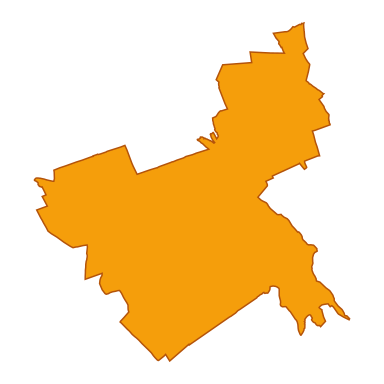 outline of Blandesti, Botosani, Romania
{"feature_id": "2599482B7385527866395", "entity_name": "Blandesti", "entity_type": "district", "adm_level": 2, "iso_a3": "ROU", "parent_name": "Romania", "parent_adm1": "Botosani", "projection": "albers", "projection_center": [26.9, 47.712], "detail": "fine", "context": "isolated", "style": "filled", "palette": "amber", "viewbox_px": 384, "rotation_deg": 0, "n_neighbors": 0, "source": "geoboundaries", "source_scale": "gbopen_adm2", "svg_char_len": 5982}
<svg xmlns="http://www.w3.org/2000/svg" viewBox="0 0 384 384"><path d="M169.7,361.0L188.9,344.3L189.2,345.0L229.8,316.8L230.6,316.5L235.6,313.0L237.9,310.6L239.8,309.5L256.7,297.9L257.5,296.7L258.5,296.2L260.0,294.9L262.0,293.9L262.9,292.9L263.9,292.4L264.3,293.1L264.9,293.4L266.2,293.0L267.0,293.2L267.9,293.0L269.5,290.5L269.9,289.4L270.0,287.4L270.2,286.6L273.0,286.0L275.7,286.4L276.9,286.9L278.8,288.2L279.2,289.2L279.2,295.6L279.5,297.1L280.5,300.9L280.6,302.7L280.3,304.3L280.7,305.7L282.2,306.7L282.8,306.8L285.2,306.6L286.1,306.8L289.4,310.9L290.2,311.5L295.4,319.3L296.3,320.1L297.2,321.8L297.9,324.5L298.2,328.6L298.5,330.4L300.0,334.1L300.5,334.9L300.8,335.2L301.0,335.2L301.7,334.2L302.8,332.5L303.8,330.5L304.2,328.5L304.7,328.3L304.8,327.9L304.9,324.7L304.9,324.2L304.5,323.9L304.8,323.4L304.7,322.9L305.0,322.4L304.9,321.8L304.4,321.5L304.8,321.0L305.0,320.5L305.0,319.9L304.8,319.7L304.9,319.2L306.5,317.0L307.7,315.8L308.9,315.1L309.5,314.8L310.0,314.8L310.9,315.5L311.0,316.1L312.3,318.0L312.2,318.5L311.6,319.4L311.6,319.9L312.2,320.8L313.0,321.8L314.0,322.5L314.9,322.7L316.3,324.7L317.3,325.5L318.1,325.7L318.6,325.5L319.6,325.5L320.6,326.7L325.5,321.3L323.6,317.0L321.9,310.6L322.0,309.9L319.5,308.1L319.1,307.5L319.9,306.5L321.5,305.2L322.3,304.8L324.6,304.3L328.0,303.8L330.2,306.7L331.8,305.7L333.5,307.1L337.7,313.2L338.5,314.1L343.6,317.1L349.1,319.8L349.6,318.7L346.9,315.9L346.5,315.8L345.2,315.7L344.6,315.0L344.1,313.1L342.6,310.4L341.9,309.4L338.0,305.9L334.8,301.6L334.3,300.9L334.2,300.2L334.2,299.0L334.2,298.6L333.5,297.1L332.9,295.2L330.1,291.1L329.3,290.3L326.0,287.9L319.9,282.1L316.5,281.0L316.1,279.2L316.1,278.7L314.8,276.0L313.7,274.4L312.9,272.7L312.5,271.5L312.2,270.9L311.9,269.4L312.1,268.1L311.7,267.2L311.8,266.3L312.8,263.7L312.9,262.9L312.7,261.7L312.6,257.6L313.6,254.1L314.9,252.3L315.6,252.1L317.2,251.1L316.8,249.2L316.9,248.7L315.0,246.6L313.6,245.2L310.8,244.8L308.7,244.9L307.9,244.6L306.9,243.9L306.1,242.7L302.8,239.6L302.3,238.2L302.1,236.6L301.3,234.9L299.9,233.1L298.7,231.9L297.7,232.1L294.6,228.5L292.1,225.9L288.9,220.5L287.2,218.7L284.1,217.2L281.8,215.3L281.1,214.4L278.4,214.7L277.2,214.5L270.3,208.5L268.2,205.7L267.6,204.3L266.3,202.8L262.4,200.9L260.9,200.0L257.9,197.2L267.3,185.9L267.4,185.0L266.9,183.4L265.9,181.3L273.2,178.0L272.5,176.9L272.4,176.0L299.0,163.8L299.5,163.3L302.6,167.2L304.4,169.3L306.0,168.2L306.7,167.4L306.6,167.0L305.0,163.5L304.6,162.2L304.6,161.1L317.6,156.0L319.6,155.8L317.1,146.9L315.5,142.4L313.6,134.8L312.4,131.0L314.8,130.4L330.1,124.8L330.0,124.0L329.5,123.4L329.3,122.6L329.2,121.0L328.7,120.4L328.6,120.0L328.9,119.2L328.6,118.7L329.0,114.9L328.7,114.3L326.1,111.4L324.4,108.2L323.9,106.4L319.0,99.5L322.4,96.7L322.0,95.6L323.8,93.7L323.0,93.5L320.0,91.0L318.8,90.2L317.5,89.6L316.5,88.6L312.6,86.0L311.0,84.6L310.1,84.0L309.8,84.1L309.2,83.8L308.6,82.6L306.3,80.9L306.1,80.6L308.4,71.6L309.6,65.4L309.7,64.3L307.5,61.6L305.5,58.4L303.2,53.5L308.0,48.6L306.1,43.0L304.6,37.0L304.2,31.2L304.0,30.7L304.0,29.2L303.8,28.2L303.6,24.5L303.9,23.0L303.3,23.2L302.4,23.6L301.6,23.4L301.0,24.6L299.6,24.4L294.5,27.1L292.9,26.7L291.4,28.6L290.1,29.9L288.2,31.3L286.2,31.8L285.3,31.7L273.4,33.3L276.0,38.0L279.0,41.5L279.0,42.6L278.7,43.1L278.8,43.9L279.9,45.2L281.2,47.5L281.8,47.3L283.1,50.8L284.4,53.2L270.3,53.0L250.1,52.0L251.7,62.6L222.7,64.8L216.2,79.7L218.9,82.1L218.6,83.7L218.7,85.0L219.3,87.3L218.9,87.8L225.0,103.6L227.5,109.0L221.4,110.9L220.8,110.8L220.1,111.1L218.6,112.6L216.6,115.7L215.8,116.6L212.6,118.0L212.8,120.6L213.3,122.2L213.4,123.9L214.1,125.8L214.4,127.1L215.0,128.6L215.0,129.1L214.7,129.5L214.9,130.2L215.8,131.7L217.1,132.7L217.3,133.4L217.2,134.0L218.2,135.5L218.2,136.6L216.7,138.8L213.5,132.8L213.1,132.5L211.6,133.8L210.9,133.7L210.6,133.8L210.3,134.4L210.9,135.7L211.0,136.7L211.4,137.6L212.7,140.0L213.8,141.5L214.7,142.5L214.2,143.0L213.8,143.1L211.8,141.5L210.5,140.7L210.0,140.8L208.9,140.0L207.8,139.6L207.1,139.1L206.6,139.0L206.0,139.0L205.7,138.6L204.8,138.1L204.5,138.2L204.1,138.6L204.0,138.1L203.6,137.8L202.5,137.1L200.5,137.0L200.2,137.3L200.4,137.9L199.7,138.7L198.7,139.2L198.0,139.2L197.4,139.4L197.3,139.7L197.7,140.3L198.2,140.6L199.7,141.3L201.2,142.9L202.5,143.6L206.0,147.0L208.2,148.6L208.8,149.2L199.4,152.2L196.0,153.2L195.1,153.7L194.4,153.9L192.4,154.7L185.9,156.5L183.6,157.9L177.0,160.1L173.2,161.7L172.0,161.9L170.4,162.6L160.1,166.3L158.2,167.1L157.4,167.8L156.7,167.8L149.5,170.0L137.1,174.3L133.2,166.3L131.8,163.1L126.9,149.9L124.9,145.4L120.5,147.1L108.2,151.0L107.0,151.4L106.1,152.0L100.3,154.0L98.3,154.5L97.5,154.2L96.6,154.7L95.6,155.0L93.0,155.9L93.1,156.4L92.7,156.5L92.3,156.5L90.0,157.3L82.1,160.2L76.4,162.0L65.6,165.9L59.8,167.8L53.9,170.2L54.2,172.1L54.4,178.7L53.8,181.3L52.4,181.2L46.7,179.9L44.2,179.1L40.0,178.2L39.7,178.3L38.9,178.1L36.7,178.0L35.9,178.2L35.1,178.9L34.9,179.3L34.4,180.0L34.6,180.5L35.9,181.1L37.8,182.4L38.1,182.9L38.1,184.7L38.9,185.5L39.3,186.3L40.3,186.7L40.7,186.6L41.4,187.1L42.1,186.9L44.7,192.1L46.0,194.9L42.2,196.5L47.3,206.1L36.7,210.0L40.8,218.0L42.2,220.3L43.7,223.2L46.3,227.7L48.0,231.1L51.2,233.6L56.9,237.1L64.0,242.3L70.3,246.3L73.0,247.7L75.9,247.0L77.5,246.9L82.9,245.6L87.1,245.0L87.3,246.1L87.4,247.2L86.7,253.6L87.2,255.1L87.2,257.0L86.9,258.4L86.8,259.5L86.2,261.4L85.8,264.3L85.7,267.5L85.4,270.3L85.4,272.4L85.2,277.1L85.2,279.3L102.1,273.3L102.1,273.8L102.0,275.5L100.7,277.9L100.0,280.1L99.6,283.6L102.2,289.8L104.9,293.4L105.5,293.9L106.3,294.2L108.3,293.7L110.2,292.6L112.6,291.8L115.4,291.3L118.0,290.6L119.5,290.5L120.1,291.2L121.3,292.9L122.2,294.6L123.5,297.3L124.9,299.7L126.8,302.7L128.0,305.0L128.1,309.3L128.3,310.4L128.8,312.0L124.2,317.3L120.4,321.4L120.1,322.0L121.5,323.2L127.5,329.4L129.5,331.2L132.2,334.4L134.7,336.6L136.4,337.9L138.9,340.2L141.9,343.5L149.8,351.2L151.5,353.0L153.4,355.7L155.0,357.6L157.3,360.0L158.2,360.5L158.8,360.3L164.0,356.1L165.6,354.4L169.7,361.0Z" fill="#f59e0b" stroke="#b45309" stroke-width="1.5"/></svg>